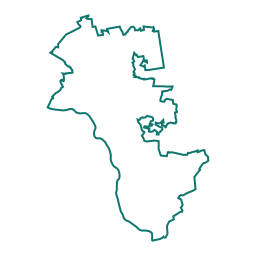 outline of Salgales pag., Ozolnieku, Latvia
{"feature_id": "27541924B82271336791843", "entity_name": "Salgales pag.", "entity_type": "district", "adm_level": 2, "iso_a3": "LVA", "parent_name": "Latvia", "parent_adm1": "Ozolnieku", "projection": "orthographic", "projection_center": [24.01, 56.604], "detail": "fine", "context": "isolated", "style": "outline", "palette": "teal", "viewbox_px": 256, "rotation_deg": 0, "n_neighbors": 0, "source": "geoboundaries", "source_scale": "gbopen_adm2", "svg_char_len": 5733}
<svg xmlns="http://www.w3.org/2000/svg" viewBox="0 0 256 256"><path d="M47.7,107.4L48.5,107.9L50.0,108.5L52.5,109.1L55.5,109.6L63.0,110.4L66.1,110.1L70.1,109.0L71.4,108.9L72.7,109.2L74.1,110.2L76.1,112.3L77.6,113.0L80.0,113.4L83.6,113.1L85.3,113.2L86.8,113.8L88.0,114.7L89.5,116.3L92.2,120.4L94.2,123.8L95.3,126.1L95.5,127.7L95.4,128.7L94.6,130.3L94.1,132.0L94.0,133.1L94.0,133.9L94.2,135.0L94.4,135.9L94.7,136.6L95.2,137.3L95.8,137.8L96.5,138.2L97.4,138.4L100.2,138.3L101.1,138.7L103.0,140.0L105.1,142.1L107.3,146.0L108.5,147.6L109.2,149.0L110.2,152.4L110.8,154.9L110.9,156.3L110.7,157.6L110.7,159.6L111.3,161.8L112.1,163.5L112.8,164.8L114.0,166.4L116.4,168.0L117.6,169.0L118.3,170.1L118.7,170.9L119.3,173.1L119.5,174.8L119.5,175.5L119.5,177.2L119.2,178.3L118.7,179.1L117.8,180.1L117.1,181.7L116.9,183.2L116.8,186.2L116.8,189.8L116.6,190.7L116.2,192.3L116.1,193.1L116.4,194.7L116.6,195.5L117.6,198.5L117.8,199.0L119.1,204.9L120.7,211.0L121.0,211.7L122.6,214.2L123.7,217.6L124.0,218.2L124.4,218.9L125.3,219.8L126.4,220.5L129.3,221.6L131.6,223.4L135.6,226.2L139.2,229.5L140.1,230.0L141.2,230.4L142.2,230.6L145.1,230.5L148.2,230.9L150.0,231.6L151.3,232.4L151.7,232.8L152.1,234.4L152.2,238.4L152.1,240.2L152.5,240.6L160.1,239.0L160.7,238.6L162.5,237.7L163.3,236.8L163.5,237.2L165.5,237.6L167.5,233.9L167.0,225.9L169.1,221.6L173.8,219.4L173.2,216.4L180.0,212.1L181.6,211.6L181.9,211.7L182.0,211.0L182.4,210.7L180.8,207.6L181.7,206.7L182.6,204.8L181.2,199.8L180.8,199.2L178.3,198.2L178.4,197.7L179.8,196.0L179.7,195.9L180.9,195.0L182.9,195.5L187.5,192.9L192.3,191.0L195.5,189.3L194.4,177.0L198.3,171.9L200.1,169.8L199.3,169.1L199.8,168.2L202.0,164.7L203.6,163.1L205.4,162.7L208.3,160.8L208.0,157.1L207.8,156.5L205.4,154.3L204.3,150.1L201.7,150.5L200.2,151.1L200.2,151.3L197.8,152.2L197.7,150.4L196.6,150.8L196.7,151.1L191.8,152.2L190.0,153.0L188.0,152.8L187.2,154.8L186.0,154.7L183.7,154.9L172.1,152.3L169.3,152.6L168.8,152.1L167.9,152.2L166.8,156.1L161.1,155.6L160.7,155.2L159.8,152.8L158.6,148.7L158.7,143.7L158.6,141.1L155.2,140.7L154.8,140.5L149.9,141.2L149.0,141.1L147.4,141.5L146.2,141.4L144.3,140.8L143.7,138.7L142.3,136.1L142.1,135.9L141.1,135.7L142.4,135.3L144.2,132.7L144.4,132.2L144.0,131.6L143.2,131.5L142.9,131.0L141.9,130.2L140.6,125.0L138.1,121.8L137.6,119.5L139.3,120.0L140.4,119.1L140.5,118.2L142.5,117.3L143.1,117.8L145.3,117.5L146.2,116.9L146.8,116.0L147.7,115.9L148.3,116.3L150.6,116.7L152.1,117.3L152.9,117.9L153.1,118.8L153.0,119.2L153.0,120.6L150.9,121.3L149.8,123.7L149.9,123.9L151.5,124.1L151.4,124.4L152.4,124.6L151.7,125.7L149.6,125.3L149.5,126.6L145.8,126.5L144.5,126.3L144.1,127.5L149.4,128.9L148.9,131.4L149.6,131.9L153.0,131.4L154.5,129.9L156.9,131.6L156.8,134.5L157.0,134.6L158.4,134.5L158.1,133.8L158.5,133.5L159.1,132.6L160.1,132.0L160.0,131.8L162.0,130.0L162.4,129.3L162.2,127.6L160.1,127.1L155.5,124.5L155.6,123.7L155.7,122.6L157.0,123.1L159.1,123.4L160.8,122.7L163.2,120.0L163.6,122.6L162.7,122.6L162.0,123.7L162.0,125.2L162.6,125.2L162.6,125.4L165.0,126.2L165.3,127.2L165.6,127.4L166.0,127.0L166.1,125.8L167.6,124.1L167.6,123.6L169.7,122.8L170.5,122.7L171.8,122.8L173.1,123.4L173.4,123.0L175.4,123.4L175.8,122.2L176.2,122.3L176.3,120.7L176.3,120.0L175.4,117.7L175.5,117.4L175.6,116.0L175.2,114.2L175.0,112.9L175.2,112.3L176.9,112.2L177.0,111.8L176.2,109.5L176.5,107.4L176.7,105.1L176.3,104.8L176.2,104.4L175.1,104.3L173.3,103.7L173.0,103.0L173.1,102.6L173.1,102.1L172.8,101.5L172.9,100.1L172.3,99.9L166.4,98.8L165.2,99.9L164.8,100.1L164.6,101.1L164.3,101.7L164.1,101.8L161.1,101.3L160.4,101.1L160.3,100.8L160.7,98.3L161.9,94.9L162.1,93.0L162.3,92.8L162.1,92.3L162.2,91.3L163.3,91.3L167.6,90.8L169.7,89.5L170.4,89.5L171.2,89.9L172.5,86.5L166.9,86.6L162.8,86.3L153.2,86.2L154.0,82.3L154.4,79.4L153.2,79.1L153.3,78.5L151.6,78.3L151.6,78.6L149.0,78.6L145.9,79.4L144.0,79.4L144.1,78.8L142.1,78.9L139.2,78.1L139.3,77.5L138.5,77.3L134.8,77.1L135.8,76.1L135.7,75.9L134.0,75.7L133.5,75.1L134.0,74.6L133.9,74.2L134.5,74.1L134.6,73.6L134.6,73.2L134.2,72.4L133.5,71.9L135.0,69.3L133.1,65.6L133.4,64.4L133.3,63.9L132.8,63.1L132.5,62.8L134.2,61.5L133.2,59.3L133.3,59.1L132.6,58.6L134.3,52.8L135.9,55.1L136.6,54.7L137.8,57.0L143.3,56.1L143.8,58.1L143.6,60.2L146.9,60.6L147.0,62.5L143.3,60.6L142.3,62.4L140.4,65.2L143.7,66.6L144.7,65.6L145.4,70.1L145.5,70.1L149.1,69.9L163.9,67.6L162.2,56.1L160.6,46.1L158.3,31.0L154.2,31.6L154.1,30.7L152.8,30.9L152.8,30.5L152.9,30.2L154.1,29.4L154.0,28.6L153.4,27.1L153.0,27.5L143.5,26.5L144.0,29.7L143.0,29.8L142.7,30.4L140.9,30.7L140.3,28.3L139.8,28.4L138.8,29.6L138.6,30.1L138.0,30.4L136.8,30.2L135.0,30.3L134.6,28.0L133.2,26.6L130.9,27.2L128.5,30.0L127.3,32.2L126.7,32.2L124.9,34.4L125.0,34.5L123.5,34.9L122.8,33.5L122.5,31.8L121.6,30.8L120.5,28.8L120.2,27.9L119.7,27.0L119.7,26.6L107.0,28.9L107.2,30.5L107.9,31.0L108.2,32.1L107.3,31.2L104.8,30.6L101.5,30.3L101.7,32.0L102.6,32.0L103.0,34.9L98.1,35.5L95.4,26.5L92.6,26.9L91.6,19.1L90.8,18.9L89.8,19.1L87.5,18.9L87.1,18.8L86.8,18.4L86.5,18.3L88.5,16.1L88.4,15.4L82.8,17.2L82.4,17.2L82.4,17.7L81.4,18.0L80.8,17.9L81.2,20.2L77.3,22.1L78.8,24.7L80.0,25.5L80.5,26.3L79.9,27.6L66.0,34.6L58.1,44.2L58.2,47.3L55.9,46.9L52.6,50.8L52.4,51.2L52.3,51.8L51.8,51.6L51.7,51.6L50.3,52.7L62.7,60.0L64.0,61.2L63.9,61.2L64.4,61.8L65.2,63.0L65.1,63.3L65.3,63.9L66.2,64.8L68.4,66.7L69.5,66.5L70.0,66.8L70.3,67.2L70.2,67.7L71.1,68.4L71.3,69.2L72.1,69.8L72.3,70.1L72.1,70.4L72.6,72.4L72.6,72.6L71.2,72.8L65.7,73.4L65.5,73.6L65.5,73.9L62.8,73.5L63.2,74.0L63.8,76.2L63.9,80.8L63.3,81.2L62.6,80.6L62.6,80.0L62.2,79.8L61.4,79.9L61.4,80.3L60.4,81.1L60.9,82.9L63.0,86.8L61.3,87.8L61.0,88.3L60.5,89.8L59.6,90.7L58.3,91.5L58.2,91.8L55.7,93.1L52.3,96.6L52.9,97.1L53.3,98.0L53.0,98.4L51.9,98.5L47.7,107.4Z" fill="none" stroke="#0f766e" stroke-width="2"/></svg>